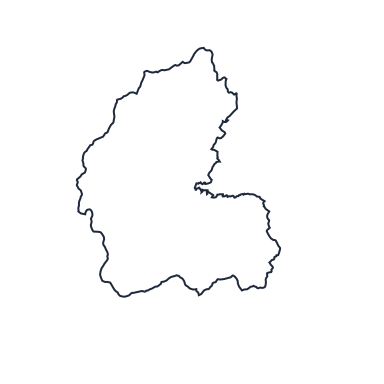 outline of Tram Tau, Yên Bái, Vietnam, rotated 35°
{"feature_id": "81297802B29855819440848", "entity_name": "Tram Tau", "entity_type": "district", "adm_level": 2, "iso_a3": "VNM", "parent_name": "Vietnam", "parent_adm1": "Yên Bái", "projection": "equal_earth", "projection_center": [104.472, 21.51], "detail": "fine", "context": "isolated", "style": "outline", "palette": "slate", "viewbox_px": 384, "rotation_deg": 35, "n_neighbors": 0, "source": "geoboundaries", "source_scale": "gbopen_adm2", "svg_char_len": 6007}
<svg xmlns="http://www.w3.org/2000/svg" viewBox="0 0 384 384"><g transform="rotate(35 192 192)"><path d="M240.6,272.0L243.0,271.9L245.5,272.3L246.4,272.0L248.7,271.3L250.3,270.2L251.2,269.1L252.4,270.6L254.8,270.8L256.8,272.6L257.8,270.9L258.1,270.0L258.3,265.9L258.7,265.0L259.9,263.1L261.3,262.0L261.5,261.1L261.5,259.3L262.0,257.5L261.8,256.5L261.2,254.9L261.9,253.5L262.6,252.9L263.2,251.7L262.9,250.4L263.1,248.7L265.6,247.3L268.5,244.6L272.6,239.7L272.9,238.7L273.0,237.5L273.4,236.9L273.7,236.8L275.8,236.8L278.4,237.5L280.6,238.8L281.9,240.5L284.8,242.5L289.4,244.0L290.6,242.0L292.9,240.1L293.7,238.3L294.2,236.3L295.8,234.5L296.3,233.5L297.8,233.4L298.8,232.9L300.5,233.2L301.3,233.0L301.7,232.6L302.5,231.3L304.8,230.1L305.9,228.7L306.2,227.6L305.5,225.7L304.4,223.6L302.7,221.7L302.1,220.2L302.1,218.0L300.1,215.6L300.5,214.6L302.8,212.1L302.7,211.3L301.6,210.1L301.8,208.0L301.7,207.6L300.6,206.8L298.6,206.5L295.8,205.3L296.1,204.7L296.4,202.0L297.7,200.3L297.7,199.5L296.9,198.3L296.9,197.8L297.8,196.6L297.5,195.3L298.3,194.9L298.8,194.3L298.1,191.6L296.8,188.0L296.0,187.2L293.5,186.5L288.5,183.7L287.4,183.9L285.9,184.7L283.1,184.7L280.2,183.6L275.9,181.4L275.5,180.8L275.4,179.4L275.9,178.4L276.2,176.7L275.0,176.2L272.8,174.4L272.5,174.1L272.2,172.6L271.4,170.9L269.8,170.6L268.4,169.8L267.6,169.0L267.0,168.0L266.7,166.8L266.4,163.6L262.1,163.6L260.1,162.7L259.0,162.6L258.7,161.6L257.2,160.8L256.6,160.1L256.5,158.8L256.7,157.9L252.1,158.2L251.4,158.0L250.9,157.4L249.9,157.3L247.8,158.5L245.9,158.3L243.8,158.7L242.3,159.5L240.5,160.9L239.5,161.0L238.7,161.4L236.7,163.4L235.9,163.3L235.7,163.6L235.6,164.7L234.5,164.7L233.2,166.3L233.1,167.1L232.4,167.5L232.3,168.9L231.1,169.7L230.7,171.5L230.3,172.1L229.9,172.3L228.3,171.5L227.5,171.7L225.9,173.7L224.8,174.1L224.0,175.6L223.6,175.6L222.7,174.7L222.3,174.8L221.9,175.2L221.3,176.7L219.8,178.0L219.4,177.8L218.9,176.3L218.7,176.1L215.9,178.0L215.4,178.9L214.3,179.6L214.6,181.3L214.5,182.7L213.5,183.7L212.4,184.5L211.3,185.0L211.2,184.1L211.2,182.4L205.1,182.6L205.0,183.3L205.6,184.7L205.5,185.1L203.7,183.0L204.0,182.1L203.9,181.7L203.1,182.0L200.9,183.7L199.5,184.1L199.6,184.4L200.3,185.6L200.0,186.7L199.5,185.6L198.6,185.7L198.3,184.8L197.4,185.0L195.4,184.3L194.8,185.7L194.3,185.9L193.9,186.5L193.9,187.6L194.1,188.8L193.5,187.8L193.0,187.4L192.2,187.3L191.9,187.1L190.7,182.3L192.4,181.6L192.5,180.5L193.3,180.3L193.5,179.2L195.2,179.7L196.2,179.5L196.5,177.5L197.1,176.9L197.4,176.9L197.9,177.8L198.1,177.9L198.8,177.4L200.4,175.6L201.3,174.3L201.8,173.4L201.7,172.4L201.1,170.7L199.3,170.4L195.6,168.8L195.2,167.0L195.2,165.7L195.6,163.1L194.5,159.5L194.6,158.2L194.3,156.2L194.9,154.8L194.8,153.4L196.4,151.8L197.3,151.2L195.0,150.2L193.8,150.2L193.3,149.9L193.1,148.6L192.2,148.1L189.8,144.4L186.2,144.7L184.3,145.7L183.3,145.8L183.5,142.9L182.7,140.8L183.0,139.6L183.1,138.7L182.8,137.2L181.7,134.4L181.6,133.0L181.8,132.6L183.8,132.2L184.8,131.3L185.6,128.4L185.7,125.0L184.5,124.3L180.9,124.4L177.6,123.3L177.7,121.9L177.5,118.6L177.2,117.2L176.6,116.3L178.4,116.1L179.7,115.1L180.0,114.5L180.3,112.7L179.6,112.9L179.2,113.8L178.6,113.7L178.3,110.7L179.3,108.0L180.0,102.2L180.9,98.0L180.9,97.5L177.1,93.2L175.1,89.6L173.2,87.7L172.3,85.9L172.0,85.7L171.6,85.8L171.2,86.5L170.8,87.9L170.5,88.1L168.0,87.6L166.4,88.0L165.7,89.1L165.2,89.5L164.2,89.3L163.7,89.0L162.3,87.4L160.5,87.0L158.3,85.4L155.9,81.7L155.4,79.7L154.6,79.8L153.1,79.4L152.4,80.0L151.8,81.0L151.5,82.7L151.1,83.7L150.2,84.6L149.5,85.8L148.7,85.9L148.1,85.5L147.1,83.7L146.3,83.0L145.4,81.2L143.6,79.9L140.6,79.8L140.5,79.4L137.8,76.0L135.1,74.5L133.9,74.2L132.0,72.0L130.0,67.5L127.4,65.8L125.2,65.7L123.0,67.5L121.5,67.9L119.9,67.6L119.0,67.2L117.0,69.0L116.0,70.2L115.3,71.9L114.8,74.2L114.6,78.3L114.9,78.8L115.6,85.9L115.3,87.5L112.7,90.2L111.8,90.7L109.7,90.7L108.6,95.5L108.0,96.4L106.7,97.4L105.6,97.5L104.9,98.4L102.7,104.8L100.0,107.7L99.4,108.2L97.7,109.0L97.1,109.6L95.9,111.7L95.4,113.3L94.9,113.9L93.9,113.8L91.4,116.6L90.8,117.0L88.2,118.0L85.7,118.5L84.2,120.5L84.1,120.8L84.2,121.4L86.2,123.7L87.4,129.0L87.7,131.3L89.1,135.3L88.9,137.5L90.3,143.3L88.0,143.7L86.6,144.2L84.9,145.5L84.0,146.8L83.3,149.7L82.1,151.8L81.1,152.8L81.0,154.4L80.1,156.6L77.8,159.2L77.8,159.7L79.1,161.8L79.1,163.1L79.3,164.3L80.1,165.9L80.5,167.9L81.3,170.2L82.2,171.5L85.2,174.7L87.7,180.1L87.7,180.8L87.1,183.5L87.6,187.8L88.5,191.4L88.4,192.0L87.3,193.6L87.4,197.7L83.6,203.7L82.4,206.4L82.4,207.0L83.1,209.0L83.3,210.3L81.8,212.1L81.9,214.3L81.8,217.1L82.1,218.0L82.1,218.7L81.4,220.6L81.3,222.3L82.4,225.5L83.5,227.2L84.1,228.9L86.8,231.0L87.6,232.3L88.0,232.6L88.8,233.1L91.5,233.6L92.0,234.2L92.7,235.9L93.0,237.2L93.0,237.8L91.6,240.8L91.7,243.4L90.6,247.6L90.9,248.4L92.6,249.2L92.9,249.6L93.6,252.3L94.1,252.8L95.5,253.3L96.9,254.2L100.0,254.5L103.0,256.7L103.5,257.7L103.6,259.8L104.3,261.2L105.0,264.5L106.2,266.7L107.1,267.8L108.1,270.4L109.7,272.2L110.0,273.1L113.2,273.3L117.3,271.5L116.6,270.2L116.3,268.7L116.3,267.0L116.7,266.3L117.8,265.2L118.4,264.8L119.7,264.9L121.4,265.6L123.6,267.8L124.2,269.4L124.5,271.9L126.2,273.2L127.0,274.2L128.1,277.2L129.4,278.4L131.2,279.7L133.2,280.7L134.2,280.8L137.8,278.5L140.2,277.4L142.3,277.9L145.6,279.4L147.2,281.2L148.0,283.8L149.0,285.5L150.4,286.4L151.9,286.8L154.7,288.6L157.2,289.8L159.1,291.6L159.4,293.2L161.3,294.8L161.5,295.7L161.6,297.1L161.4,300.7L161.7,304.9L161.7,306.7L162.3,308.1L162.4,309.0L164.1,312.4L166.0,314.0L169.4,316.2L172.3,315.6L174.3,314.2L177.0,313.1L184.3,316.5L186.7,317.0L188.9,316.9L190.1,317.8L191.6,318.2L192.9,318.3L196.0,317.0L197.4,315.9L199.4,313.3L199.9,312.2L200.2,310.2L200.8,309.0L202.0,308.1L207.5,302.1L208.9,301.3L210.1,301.0L211.0,300.1L211.1,299.0L212.3,298.1L213.2,296.0L214.4,294.4L216.2,290.6L217.9,289.2L219.2,285.0L218.6,283.2L220.5,281.4L221.9,279.1L222.6,275.9L223.6,273.6L226.3,270.4L227.2,269.0L228.2,268.8L229.2,268.2L231.2,268.7L233.7,268.4L236.5,269.4L239.6,271.8L240.6,272.0Z" fill="none" stroke="#1e293b" stroke-width="2"/></g></svg>